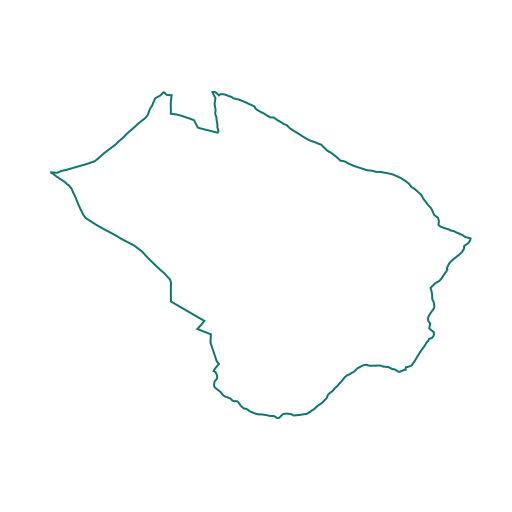 the district of San Jerónimo Zacualpan, Tlaxcala, Mexico, rotated 95°
{"feature_id": "50627088B35723887054559", "entity_name": "San Jerónimo Zacualpan", "entity_type": "district", "adm_level": 2, "iso_a3": "MEX", "parent_name": "Mexico", "parent_adm1": "Tlaxcala", "projection": "mercator", "projection_center": [-98.265, 19.247], "detail": "fine", "context": "isolated", "style": "outline", "palette": "teal", "viewbox_px": 512, "rotation_deg": 95, "n_neighbors": 0, "source": "geoboundaries", "source_scale": "gbopen_adm2", "svg_char_len": 5012}
<svg xmlns="http://www.w3.org/2000/svg" viewBox="0 0 512 512"><g transform="rotate(95 256 256)"><path d="M356.2,97.0L354.9,97.2L353.7,96.9L353.3,95.1L351.7,91.7L346.6,88.6L342.9,86.9L339.4,85.1L336.3,83.5L332.8,81.4L331.3,80.4L327.1,78.4L325.7,77.0L323.8,76.6L322.7,74.7L322.3,73.6L320.8,72.5L319.8,72.1L318.7,71.9L317.6,72.2L316.5,72.1L313.2,77.0L311.2,77.0L308.2,76.5L305.8,78.6L303.6,79.3L300.8,78.7L298.0,77.3L294.1,75.0L292.5,74.1L289.4,74.1L286.6,74.9L283.5,76.7L278.9,77.2L274.9,78.4L272.6,79.3L271.4,78.4L270.5,77.6L268.9,76.3L267.4,74.8L266.4,73.4L265.6,72.2L264.7,71.0L262.2,69.3L257.9,66.9L254.5,64.9L252.5,64.2L252.0,64.8L249.4,64.1L247.2,63.2L245.3,62.0L243.5,60.5L241.7,58.8L241.0,58.0L239.4,56.3L237.6,54.4L235.5,52.4L233.8,50.9L232.3,50.3L231.1,49.5L227.9,49.5L225.7,46.8L224.4,45.4L223.0,44.6L221.8,44.1L220.7,43.8L219.7,43.9L219.6,44.8L219.2,46.8L219.1,48.2L218.7,49.6L217.9,50.8L216.9,52.7L216.7,53.8L215.8,56.0L214.8,59.3L214.1,60.6L213.6,64.7L212.9,65.6L211.9,70.1L210.7,74.7L209.2,76.9L207.9,76.9L205.1,76.9L202.1,78.0L199.7,82.0L194.6,84.8L192.8,86.1L189.6,89.6L187.1,91.7L185.1,93.7L183.3,95.1L180.8,96.6L179.8,97.9L175.3,103.9L173.7,107.2L170.4,110.2L168.3,113.7L165.7,118.4L162.8,126.9L162.4,129.8L162.2,130.6L161.4,139.4L161.8,143.6L161.0,147.2L160.9,149.9L160.9,152.6L159.6,158.3L157.6,166.8L155.5,173.0L154.5,174.6L153.8,177.4L153.7,180.2L151.9,182.3L149.7,185.4L146.7,190.1L144.7,194.5L141.7,198.0L139.3,200.9L138.8,203.5L137.9,205.8L136.2,212.5L134.0,217.6L126.7,231.7L126.0,233.2L122.8,237.0L122.3,239.3L120.6,242.5L118.9,246.4L116.6,250.2L116.6,254.3L115.0,257.4L113.5,260.2L111.9,264.3L110.2,267.8L108.8,269.6L107.2,270.5L106.3,273.0L102.9,282.5L101.6,287.0L100.9,292.3L99.8,294.1L99.4,295.1L99.2,296.7L98.5,298.9L97.9,300.5L97.7,303.7L98.0,305.7L99.2,307.0L97.9,308.5L96.3,310.9L96.3,312.1L96.4,313.6L96.9,313.6L101.9,310.4L102.5,310.2L108.1,310.5L110.0,310.1L112.6,309.3L113.5,309.1L114.1,309.0L114.5,309.0L115.1,309.0L116.2,309.0L117.1,309.1L117.8,309.1L118.1,308.9L118.7,308.7L119.5,308.3L120.4,307.9L121.6,307.5L122.2,307.3L122.5,307.3L122.8,307.3L123.0,307.3L123.3,307.3L124.4,307.0L126.0,306.5L128.6,305.9L129.8,305.7L130.8,305.8L131.5,305.6L132.5,305.1L133.1,304.9L134.1,304.6L135.0,304.4L135.6,304.3L135.9,304.4L136.2,304.6L136.3,304.8L136.5,305.2L136.3,306.2L135.9,309.0L135.2,313.1L134.7,316.6L134.1,319.7L133.7,322.4L133.3,324.8L132.1,325.9L126.2,329.5L124.9,333.8L124.5,335.7L122.9,341.9L121.9,347.8L121.7,353.2L117.6,353.6L111.6,354.2L106.6,354.2L105.7,354.2L103.1,354.1L103.3,356.1L103.3,358.3L103.2,359.1L103.0,359.5L102.2,360.3L101.4,361.1L101.1,361.7L101.0,362.2L101.1,362.6L102.4,363.7L104.5,365.4L105.9,367.4L107.3,369.6L108.1,370.3L109.6,370.9L112.3,371.7L115.0,372.5L118.4,374.3L121.9,375.4L124.1,375.7L126.6,377.1L128.7,378.8L131.1,381.4L134.0,384.5L137.5,387.7L142.2,392.1L144.8,394.7L149.8,398.8L154.3,403.3L157.0,405.4L159.6,408.2L160.8,409.6L167.0,416.5L171.0,420.2L175.6,424.8L177.1,428.2L179.3,433.1L182.7,442.0L186.8,452.5L188.1,457.0L190.5,461.6L190.5,468.2L191.6,465.6L192.9,463.6L194.5,461.1L196.2,457.9L197.5,455.5L199.2,452.6L201.0,450.4L202.1,448.3L203.5,447.1L205.3,445.4L208.3,443.9L213.3,440.9L219.6,437.8L224.5,435.0L230.3,431.4L232.9,429.2L238.3,419.0L240.4,414.6L242.8,409.2L245.4,403.0L246.9,399.6L249.0,394.9L250.7,391.5L252.6,387.0L254.3,382.9L255.1,380.8L256.6,377.5L257.9,375.6L260.4,371.6L262.4,368.8L265.2,365.9L267.9,362.9L273.7,355.7L277.8,350.6L280.4,347.0L281.8,345.1L282.7,344.3L284.5,342.2L287.1,339.5L290.4,338.2L292.7,338.2L299.4,337.7L301.1,337.5L303.7,337.3L307.4,336.8L308.7,336.9L321.5,309.7L325.1,301.8L328.6,304.0L333.8,308.1L338.0,294.1L343.9,293.9L346.3,293.8L364.0,286.1L366.8,283.5L372.0,287.2L374.3,288.2L374.8,287.0L375.3,286.2L375.9,285.7L376.9,285.1L378.5,284.4L380.0,284.1L381.2,284.1L381.9,284.3L382.4,284.6L383.4,285.5L384.3,286.1L385.3,286.4L386.5,286.5L388.4,286.5L389.5,286.2L390.2,285.8L390.8,285.2L391.9,283.6L393.5,281.1L393.7,280.8L394.4,279.7L395.3,278.6L397.0,277.3L397.9,276.2L398.7,274.3L399.2,272.4L399.9,270.1L400.3,269.0L402.2,266.7L402.4,266.0L402.7,264.9L402.3,263.5L402.4,262.1L403.3,260.8L406.7,258.0L408.3,255.7L409.0,254.6L409.0,253.3L409.1,252.3L410.2,250.2L411.1,249.1L411.8,246.9L412.6,244.8L412.9,243.2L413.4,241.0L413.5,239.0L413.3,236.1L413.6,231.4L414.2,228.0L413.9,225.5L413.9,224.2L414.4,222.9L415.3,221.4L415.7,219.9L415.3,219.0L414.6,218.3L411.9,216.1L411.0,214.9L410.3,211.8L410.4,207.5L411.6,204.6L411.0,201.1L410.4,198.2L409.6,194.9L408.8,191.6L407.4,189.7L406.3,188.2L405.4,187.4L403.3,184.5L400.4,182.2L398.2,179.4L396.6,177.4L394.3,175.7L391.7,173.4L387.8,172.1L385.9,170.4L384.0,168.1L381.0,166.0L378.3,163.6L371.6,158.6L369.0,157.0L366.7,154.6L365.6,152.3L364.3,150.8L362.9,148.4L359.1,145.2L356.7,141.6L355.3,139.1L354.8,136.5L355.3,134.1L355.4,131.7L355.0,129.2L354.6,126.0L354.3,122.9L355.1,119.5L355.0,114.5L356.9,109.9L356.7,108.4L357.5,106.7L358.9,104.0L358.7,102.5L357.7,100.5L356.7,98.8L356.2,97.0Z" fill="none" stroke="#0f766e" stroke-width="2"/></g></svg>